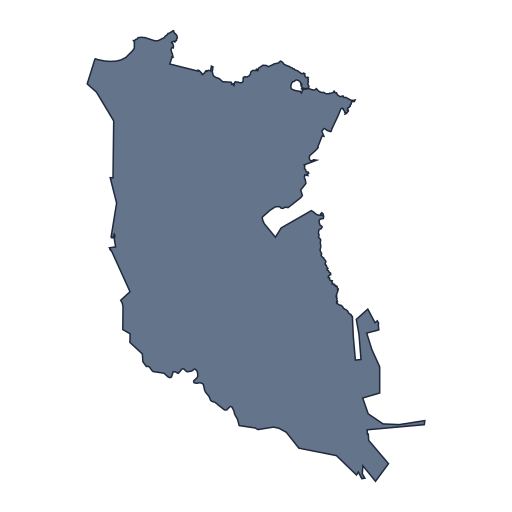 Palizada, Campeche, Mexico (Robinson projection)
{"feature_id": "50627088B79196396706593", "entity_name": "Palizada", "entity_type": "district", "adm_level": 2, "iso_a3": "MEX", "parent_name": "Mexico", "parent_adm1": "Campeche", "projection": "robinson", "projection_center": [-91.915, 18.262], "detail": "fine", "context": "isolated", "style": "filled", "palette": "slate", "viewbox_px": 512, "rotation_deg": 0, "n_neighbors": 0, "source": "geoboundaries", "source_scale": "gbopen_adm2", "svg_char_len": 5905}
<svg xmlns="http://www.w3.org/2000/svg" viewBox="0 0 512 512"><path d="M113.7,120.9L113.0,177.7L110.2,177.7L116.6,203.1L111.1,237.0L111.6,237.1L111.9,237.9L113.0,237.7L114.3,234.1L114.7,234.6L114.8,236.8L114.2,238.5L115.6,246.9L109.4,247.8L110.7,249.8L110.3,249.9L111.8,251.5L130.0,291.7L120.7,300.3L122.3,303.2L123.0,306.7L122.8,329.6L130.1,333.8L129.9,342.4L142.3,353.9L142.9,361.8L146.3,366.5L148.4,366.4L149.5,367.1L152.1,370.7L153.2,371.6L164.0,373.2L168.0,376.9L169.5,377.6L171.0,377.4L171.6,376.7L173.2,371.7L175.5,371.9L177.6,373.2L178.5,373.2L182.0,369.0L183.7,368.8L186.3,371.4L187.7,371.8L191.8,371.0L194.3,369.1L195.3,369.2L197.1,371.2L197.7,373.8L197.7,376.5L196.9,377.9L193.8,380.7L193.6,381.6L194.0,382.7L196.5,383.3L200.0,382.7L202.3,383.5L203.3,384.4L204.6,390.0L205.5,392.1L209.1,396.6L210.6,400.4L212.2,401.5L214.8,402.2L224.0,409.6L224.8,410.0L226.8,409.9L229.6,406.9L230.9,406.5L232.0,407.1L234.0,411.2L234.5,413.7L235.5,415.8L237.5,419.3L239.2,425.6L255.2,428.0L258.0,429.6L273.4,427.1L279.0,428.3L286.3,432.3L298.9,448.2L336.4,455.6L356.5,475.0L358.4,472.1L361.8,478.7L364.9,478.2L362.3,473.8L362.9,465.8L375.5,481.3L388.5,463.7L368.7,440.4L368.3,434.1L367.4,434.2L367.1,429.8L424.3,424.7L424.8,420.6L399.2,424.6L383.0,423.9L368.2,413.8L362.7,398.0L379.7,393.0L379.7,370.4L379.6,366.6L371.9,349.6L366.7,333.1L378.8,329.9L378.3,324.9L378.6,323.1L377.3,320.8L375.0,322.7L367.8,309.1L356.3,319.4L359.0,334.6L361.0,359.5L355.4,360.1L353.3,336.6L352.4,316.4L351.8,316.4L351.0,314.6L349.1,313.6L347.3,310.6L343.5,308.3L342.6,306.7L341.1,305.3L339.6,305.1L336.6,303.2L336.6,302.3L337.2,302.1L336.8,301.5L337.4,301.1L336.7,299.9L336.7,298.9L337.1,298.4L336.4,297.3L336.7,296.7L336.0,296.1L336.7,295.5L336.5,294.6L338.0,290.6L337.5,289.9L338.2,289.4L338.2,288.7L337.4,288.1L337.0,286.4L336.4,286.5L336.1,285.9L335.5,286.2L335.2,285.3L334.5,285.2L334.4,284.3L333.6,284.4L332.6,283.5L332.2,283.7L332.4,282.5L331.7,281.6L332.2,280.7L330.2,280.5L329.5,279.0L329.6,277.9L328.4,277.7L328.1,277.2L328.6,275.9L329.5,275.6L329.9,274.7L330.7,274.6L330.6,273.1L329.2,272.2L328.1,270.4L327.1,270.0L327.0,269.3L327.9,268.3L326.5,266.7L326.4,265.3L325.4,264.9L325.2,263.2L325.9,262.0L325.8,261.1L324.0,258.9L323.7,257.9L322.4,257.2L321.1,255.4L321.7,253.8L320.3,251.0L320.1,249.6L320.8,246.7L320.3,242.3L320.7,240.0L320.3,239.1L318.6,237.3L319.1,234.8L318.4,233.2L318.9,229.8L321.1,228.7L322.0,227.5L322.1,226.6L319.9,224.8L319.2,222.4L319.1,220.5L320.2,219.2L323.3,218.5L323.7,216.6L323.1,214.0L321.8,212.7L320.6,214.0L321.5,215.4L317.7,215.0L315.4,213.7L314.0,212.3L311.4,210.6L281.2,227.9L275.4,237.2L264.3,223.8L262.7,220.1L262.2,217.2L270.3,210.1L275.4,206.8L279.6,206.6L281.0,208.1L282.6,208.4L283.6,208.2L284.7,207.2L288.1,207.6L300.7,197.7L302.4,195.5L300.7,190.0L305.9,183.5L305.3,179.6L304.7,178.7L304.4,177.4L304.8,174.9L307.8,175.5L307.2,174.2L308.7,173.3L308.2,172.1L306.2,171.9L305.7,169.9L304.4,168.3L304.8,165.7L304.2,164.9L316.6,160.2L313.5,159.7L312.7,160.5L310.9,160.8L309.7,159.8L309.2,157.6L309.8,155.5L315.9,150.2L318.2,147.5L317.8,147.0L322.1,135.9L323.9,136.3L321.8,131.1L323.9,128.7L324.6,128.5L327.2,130.5L330.4,131.6L331.1,131.4L332.0,128.6L337.8,116.4L340.9,108.9L342.1,108.1L342.9,109.0L343.4,108.9L343.6,110.2L344.6,111.2L344.6,112.2L346.1,112.8L345.8,113.3L345.4,113.0L345.0,114.0L346.2,113.6L348.4,111.1L348.2,109.9L347.5,109.8L347.8,109.5L347.6,108.0L349.0,107.4L350.3,106.1L350.1,105.2L351.2,104.0L351.3,102.7L351.7,101.8L354.3,101.5L355.1,100.0L354.2,100.1L353.6,100.7L352.7,100.3L351.4,100.4L345.8,97.4L343.8,97.5L343.1,96.0L341.9,96.1L341.0,96.7L339.6,96.4L337.5,94.9L336.5,92.8L335.7,93.1L334.5,92.2L334.6,91.6L334.1,91.1L333.5,92.2L332.0,92.9L330.2,93.5L329.6,93.2L328.6,93.8L326.3,93.7L324.7,93.2L323.7,92.3L322.5,92.6L320.3,92.0L318.3,90.8L316.3,88.6L314.7,90.1L314.2,90.1L311.2,89.5L308.3,88.3L307.3,88.9L303.3,89.3L301.8,91.5L301.5,93.1L301.3,93.1L300.4,91.4L295.4,90.6L292.1,89.3L291.2,88.6L290.8,86.1L291.5,83.5L292.6,81.7L294.0,81.5L296.2,79.9L298.0,80.3L299.6,81.4L300.5,82.5L300.9,84.0L301.2,84.2L301.6,83.9L301.8,84.8L301.0,85.0L301.2,86.0L302.0,87.6L303.6,88.3L302.1,88.7L302.7,89.2L302.1,89.3L302.6,89.7L303.5,88.8L308.0,88.4L308.9,86.9L308.9,86.1L307.7,83.8L308.4,82.0L307.9,80.7L308.4,79.9L307.9,78.0L308.2,77.5L307.7,77.3L307.5,77.7L306.8,77.7L305.3,76.8L304.7,75.2L304.9,73.8L304.1,73.7L303.8,73.1L303.4,73.1L302.8,73.8L300.9,73.3L297.7,70.8L295.1,70.0L294.2,68.9L292.7,68.7L291.9,67.7L290.5,67.4L289.2,66.3L288.7,66.4L284.4,64.5L282.0,61.8L280.4,61.1L278.2,63.1L274.0,63.9L272.6,64.8L268.1,66.7L266.5,65.5L263.0,65.2L258.3,68.3L258.2,69.8L257.6,70.8L257.1,70.5L256.9,69.5L256.4,69.2L255.8,70.5L252.9,70.4L251.3,71.4L250.8,72.1L250.3,74.4L248.7,76.2L246.8,77.0L245.0,76.7L243.5,77.3L243.0,78.8L243.3,79.7L243.0,81.4L242.1,82.4L241.0,82.8L239.2,82.6L237.9,82.0L237.0,82.2L235.5,81.7L234.7,82.4L234.5,83.6L234.0,84.2L233.9,85.5L233.3,84.9L233.7,83.6L231.9,84.5L231.5,84.2L231.7,83.2L231.1,82.2L222.7,81.7L219.1,78.5L215.6,77.3L214.0,76.2L213.1,75.1L212.3,71.6L213.0,66.9L211.4,66.1L210.6,70.9L208.6,70.3L207.7,70.6L207.2,71.3L206.7,71.3L206.4,70.7L205.8,70.9L204.1,73.4L202.7,74.1L202.6,74.6L202.0,74.4L201.4,72.6L200.9,72.5L199.3,70.6L198.0,70.2L198.0,71.1L169.8,64.0L171.8,57.8L173.0,57.3L172.5,56.8L173.0,56.8L172.3,53.7L171.5,52.0L171.1,49.4L172.0,47.5L173.3,47.9L173.5,46.3L172.8,43.6L171.5,42.7L171.7,42.1L173.9,41.2L174.6,42.0L175.0,42.0L175.4,40.9L176.4,40.6L176.7,38.6L177.3,38.0L177.0,35.9L175.6,33.9L174.4,33.0L173.6,31.5L173.7,30.8L173.2,30.7L169.1,33.3L168.1,33.4L166.6,35.3L165.4,36.0L164.3,37.6L158.3,40.6L156.3,40.9L153.9,40.5L145.0,37.6L141.3,37.3L138.2,37.6L136.7,39.4L135.7,39.4L134.6,40.6L133.7,40.6L134.0,40.9L134.0,41.8L134.4,42.2L134.3,48.3L132.5,50.8L125.8,57.5L121.0,59.9L116.3,61.1L110.7,61.4L105.3,61.1L98.0,59.7L95.6,58.8L94.9,59.2L87.2,83.9L96.5,92.2L113.7,120.9Z" fill="#64748b" stroke="#1e293b" stroke-width="1.5"/></svg>